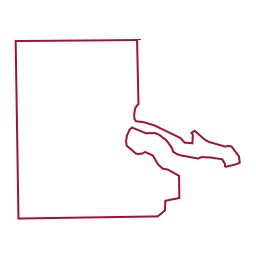 Grand Traverse, Michigan, United States of America, rotated 89°
{"feature_id": "52423323B3617037234322", "entity_name": "Grand Traverse", "entity_type": "district", "adm_level": 2, "iso_a3": "USA", "parent_name": "United States of America", "parent_adm1": "Michigan", "projection": "natural_earth1", "projection_center": [-85.521, 44.752], "detail": "fine", "context": "isolated", "style": "outline", "palette": "rose", "viewbox_px": 256, "rotation_deg": 89, "n_neighbors": 0, "source": "geoboundaries", "source_scale": "gbopen_adm2", "svg_char_len": 836}
<svg xmlns="http://www.w3.org/2000/svg" viewBox="0 0 256 256"><g transform="rotate(89 128 128)"><path d="M216.6,239.1L216.9,99.8L211.2,92.6L201.4,91.9L198.9,77.9L176.8,77.8L170.2,89.0L169.3,93.9L164.9,98.6L155.8,103.8L152.3,111.4L153.8,114.1L154.2,118.1L153.9,120.3L145.7,129.6L141.6,130.2L135.8,129.3L129.5,126.3L127.6,124.0L133.5,110.3L133.6,100.9L135.2,97.1L141.1,89.7L148.7,84.5L152.5,83.3L154.9,79.6L156.4,75.2L159.8,58.3L158.4,55.3L158.9,46.3L160.9,34.3L165.8,31.6L167.9,31.8L168.5,30.8L166.5,21.7L164.7,16.9L158.4,17.5L148.3,24.8L147.6,28.2L148.3,31.1L143.4,47.2L141.1,51.3L132.0,61.3L133.9,64.6L136.1,63.3L144.4,63.9L143.6,71.6L138.9,75.8L125.7,101.9L122.3,113.0L121.4,120.0L119.3,121.3L115.1,121.7L108.8,120.6L105.8,118.8L104.3,117.1L40.2,117.4L39.1,238.8L216.6,239.1Z" fill="none" stroke="#9f1239" stroke-width="2"/></g></svg>